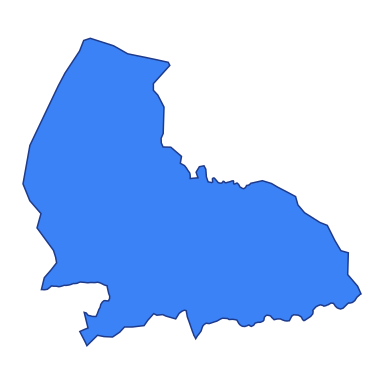 outline of Segou, Ségou, Mali
{"feature_id": "8926073B86377774430631", "entity_name": "Segou", "entity_type": "district", "adm_level": 2, "iso_a3": "MLI", "parent_name": "Mali", "parent_adm1": "Ségou", "projection": "natural_earth1", "projection_center": [-5.995, 13.785], "detail": "fine", "context": "isolated", "style": "filled", "palette": "blue", "viewbox_px": 384, "rotation_deg": 0, "n_neighbors": 0, "source": "geoboundaries", "source_scale": "gbopen_adm2", "svg_char_len": 4155}
<svg xmlns="http://www.w3.org/2000/svg" viewBox="0 0 384 384"><path d="M29.8,200.7L41.0,213.6L37.0,227.9L53.5,250.4L55.6,257.1L56.6,262.8L51.0,270.0L44.3,277.7L41.5,289.2L41.4,289.6L42.6,289.6L43.4,289.7L45.0,289.7L45.4,289.6L47.3,289.3L48.9,288.1L50.2,287.0L51.0,286.4L51.4,285.9L53.4,286.2L53.9,286.2L55.4,286.2L56.2,286.2L57.7,286.5L58.8,286.7L60.3,286.5L62.4,285.9L63.6,285.5L64.3,285.3L66.2,285.4L68.9,285.0L70.8,284.5L71.1,284.4L72.0,284.0L72.7,283.8L73.4,283.5L74.4,283.6L75.2,283.5L76.5,283.4L77.7,283.1L78.6,282.5L79.9,282.2L80.6,282.0L81.4,282.1L82.0,282.2L83.1,282.3L83.8,282.3L84.5,282.4L86.2,282.6L87.8,282.8L90.3,282.5L92.2,282.5L93.4,282.6L94.3,282.6L94.9,282.6L97.8,282.2L100.2,282.9L102.5,284.0L104.0,284.8L104.4,284.9L105.2,285.3L107.1,285.7L107.3,287.3L108.7,293.5L109.7,296.1L109.6,298.6L109.0,299.7L108.6,300.8L106.8,300.9L105.4,300.6L104.0,300.7L102.4,302.0L100.8,304.4L100.1,307.4L98.9,309.5L98.0,311.9L97.2,314.1L96.0,316.5L92.3,316.4L89.9,315.7L88.2,315.4L87.4,314.4L86.1,312.9L84.2,312.4L88.0,328.0L84.0,329.6L79.8,331.5L85.5,342.6L86.9,345.7L97.5,335.3L104.0,336.6L112.6,337.0L119.7,332.2L124.5,327.0L132.2,327.0L144.1,325.6L147.7,320.4L150.7,317.0L153.7,313.6L156.8,315.2L162.7,314.6L166.0,316.1L175.7,318.9L179.1,313.4L182.0,311.2L184.3,310.2L186.2,310.6L187.3,316.8L189.1,321.7L192.4,331.3L193.4,333.8L193.8,335.2L194.6,336.5L195.5,338.3L195.7,338.7L196.0,338.2L197.5,335.7L198.4,334.7L199.6,333.1L201.1,331.0L202.3,327.2L203.1,325.6L204.3,324.4L204.6,324.2L206.2,323.2L209.0,323.6L209.5,323.5L210.8,323.1L214.0,322.0L216.9,321.1L220.4,319.1L220.6,319.0L222.5,318.2L227.5,318.5L229.1,319.5L232.5,319.3L235.0,319.6L236.9,320.1L238.9,323.6L240.3,325.1L242.4,326.3L244.9,326.5L246.9,325.8L248.0,325.3L248.8,325.0L249.6,325.3L250.1,325.9L250.6,326.1L251.3,326.4L253.6,325.3L254.6,323.9L255.1,323.1L257.9,322.3L260.0,322.3L260.6,322.2L262.2,321.5L263.1,321.1L263.9,320.1L264.3,317.6L264.9,316.6L265.3,316.3L265.7,315.9L265.9,315.7L266.8,315.2L267.1,315.2L267.3,315.2L269.7,315.6L269.9,315.7L270.4,315.9L270.8,316.2L271.0,316.4L271.6,317.3L274.1,319.7L277.0,319.0L278.0,318.9L278.6,318.9L280.6,319.0L282.4,319.9L284.7,320.7L285.4,320.8L286.9,321.0L288.5,320.8L289.4,320.7L290.6,318.3L291.5,316.6L291.8,316.2L292.0,315.7L292.4,315.7L293.7,314.7L293.9,314.7L294.2,314.8L296.4,315.0L297.5,315.1L297.9,315.1L298.4,315.2L301.0,316.7L301.8,317.9L302.6,319.6L303.8,320.6L304.8,320.4L305.0,320.1L306.3,319.3L310.7,316.4L312.8,313.8L313.1,311.6L313.0,311.1L312.8,310.4L313.3,309.8L314.5,308.4L315.5,307.3L316.1,306.7L316.5,306.5L316.9,306.3L318.0,305.7L320.1,304.9L320.4,304.9L320.8,304.9L322.5,305.4L323.3,305.7L323.8,306.1L325.9,305.7L326.4,305.4L327.0,305.1L328.2,304.7L328.3,304.7L328.5,304.5L328.9,304.3L329.8,303.8L330.9,303.1L331.9,303.1L332.2,303.2L333.3,303.3L334.2,304.3L335.3,306.1L337.0,307.7L338.4,308.4L340.6,309.0L341.8,308.6L343.2,308.1L347.3,304.0L347.7,303.7L348.7,302.9L349.8,303.1L350.6,302.9L351.0,302.8L352.5,302.4L354.8,300.6L356.9,297.3L360.0,294.5L360.2,294.3L361.0,293.9L357.6,286.2L347.7,274.6L348.3,252.8L340.9,250.7L334.8,240.4L327.3,225.4L319.8,222.4L304.5,212.7L297.9,204.9L295.6,196.6L289.7,193.4L277.6,187.1L271.5,183.5L262.4,180.7L250.7,183.3L249.5,184.7L247.9,185.3L246.5,185.5L246.3,186.2L245.3,187.7L243.6,188.7L242.2,188.3L241.1,187.5L240.3,187.3L239.7,186.4L238.6,184.4L237.0,183.0L235.7,183.5L234.7,184.0L233.9,183.9L233.6,183.5L233.6,181.3L233.4,180.9L232.1,180.9L230.0,181.7L227.3,182.4L225.9,182.8L225.1,182.6L224.6,182.2L224.0,181.5L223.2,181.3L222.5,182.3L221.6,183.1L220.2,183.2L218.2,182.6L215.1,178.9L214.2,178.0L213.2,178.0L212.4,178.8L212.5,180.4L212.7,181.9L211.7,182.6L208.1,181.8L206.4,176.9L205.8,169.2L204.0,165.8L199.4,166.7L196.1,172.2L198.0,177.8L190.2,178.5L190.2,176.5L190.1,174.7L189.7,172.9L187.8,170.3L186.4,168.0L184.5,165.6L181.8,164.1L180.3,163.3L181.5,156.4L170.8,147.2L163.1,147.0L161.3,143.0L161.1,138.3L163.2,133.5L163.7,116.6L164.0,107.1L157.8,95.1L153.4,90.3L153.4,83.6L169.8,65.4L168.2,62.3L155.0,59.4L127.7,53.8L113.6,45.8L90.3,38.3L83.7,40.5L79.6,51.0L65.0,73.1L58.2,86.0L29.9,145.4L23.0,183.9L29.8,200.7Z" fill="#3b82f6" stroke="#1e3a8a" stroke-width="1.5"/></svg>